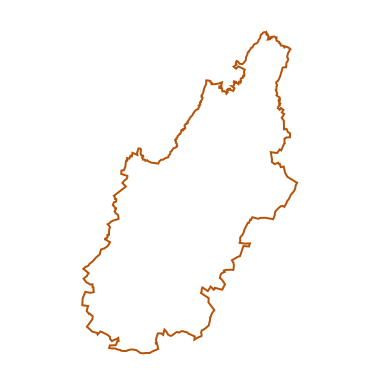 outline of San Andres De Sotavento, Córdoba, Colombia, rotated 3°
{"feature_id": "7082276B77383139939829", "entity_name": "San Andres De Sotavento", "entity_type": "district", "adm_level": 2, "iso_a3": "COL", "parent_name": "Colombia", "parent_adm1": "Córdoba", "projection": "orthographic", "projection_center": [-75.512, 9.134], "detail": "fine", "context": "isolated", "style": "outline", "palette": "amber", "viewbox_px": 384, "rotation_deg": 3, "n_neighbors": 0, "source": "geoboundaries", "source_scale": "gbopen_adm2", "svg_char_len": 5970}
<svg xmlns="http://www.w3.org/2000/svg" viewBox="0 0 384 384"><g transform="rotate(3 192 192)"><path d="M99.2,324.3L94.1,332.0L99.8,336.7L104.6,337.7L105.2,339.3L107.9,336.0L114.8,338.9L117.6,340.9L118.0,343.2L119.9,345.1L122.1,343.7L124.1,343.0L126.0,341.6L126.5,344.8L125.3,345.0L123.8,349.0L118.0,349.5L117.4,352.1L119.7,352.4L123.7,352.3L125.8,353.2L128.5,353.4L129.5,354.2L133.0,354.4L134.7,354.2L136.7,353.2L139.5,352.4L142.2,352.5L144.8,352.9L148.9,355.4L151.8,355.7L154.6,355.1L158.1,355.0L161.1,353.1L166.5,350.5L164.9,345.1L164.0,345.3L163.7,344.5L164.6,344.2L163.7,341.6L164.8,336.6L165.3,335.0L168.7,334.8L170.6,336.2L171.7,330.8L173.8,332.9L175.6,335.7L177.6,336.7L178.6,336.7L179.7,336.2L183.8,332.8L184.8,332.6L186.5,333.1L188.6,331.6L189.9,331.5L195.0,332.6L195.5,333.4L202.3,336.1L202.1,339.3L205.8,336.8L209.0,335.4L209.1,334.1L208.5,332.0L208.9,329.8L212.1,327.9L215.7,324.4L216.8,318.3L216.5,316.3L217.3,315.7L217.5,314.3L218.6,311.6L220.5,308.8L214.2,301.3L214.2,297.1L206.2,292.4L206.8,290.9L206.8,288.6L207.4,286.8L213.0,290.1L215.6,285.5L218.8,288.5L219.6,287.9L219.8,286.5L227.3,288.0L229.8,282.4L226.2,277.7L224.3,276.5L225.0,272.9L226.1,271.4L228.9,270.1L228.0,268.8L229.5,268.1L235.6,267.5L237.2,267.7L237.6,266.7L237.6,262.8L237.1,260.7L235.4,258.1L240.8,254.5L243.3,253.5L246.2,243.3L251.8,243.4L252.5,240.3L247.4,240.8L242.2,240.3L242.8,238.1L242.4,235.8L242.8,234.4L244.6,232.2L245.6,230.0L246.3,226.8L249.4,219.8L250.5,219.8L251.6,216.5L252.4,216.7L253.6,214.0L259.4,215.3L261.5,214.3L266.6,213.9L274.5,214.9L275.6,211.8L276.2,207.1L279.6,203.2L281.8,201.3L283.0,201.2L285.0,202.0L287.0,198.0L287.4,196.2L289.0,194.2L290.8,189.8L293.8,185.8L294.8,183.5L295.2,180.0L296.5,177.3L286.5,171.9L284.0,167.9L282.2,161.8L279.3,162.5L278.2,159.4L277.5,159.6L276.7,158.3L273.0,159.8L270.2,157.9L270.2,155.4L268.6,148.1L274.8,148.6L275.2,148.4L277.3,144.9L278.8,145.8L281.5,138.9L282.1,138.4L281.6,136.7L281.8,135.2L281.5,134.1L283.2,132.7L286.9,132.2L287.0,128.4L284.6,127.1L283.2,124.2L280.6,124.6L280.0,116.0L277.7,113.3L280.0,109.3L277.6,107.8L279.0,105.3L276.3,103.5L275.3,105.3L273.4,103.8L273.7,102.3L275.0,100.8L274.5,100.4L275.5,99.3L274.4,98.6L274.9,97.7L273.7,96.6L274.4,95.7L275.7,95.6L274.1,95.0L274.9,93.8L274.4,93.0L271.3,91.1L272.0,89.0L271.1,87.5L271.0,86.5L270.3,85.7L271.0,84.9L270.8,82.5L271.5,81.1L270.3,78.8L270.8,77.4L272.0,76.7L273.8,72.4L276.0,63.3L276.7,62.7L279.4,62.5L279.6,57.9L280.8,56.0L281.1,54.0L280.1,52.6L280.1,50.5L280.9,47.7L282.0,45.8L282.0,44.9L282.8,44.2L281.0,42.8L277.4,41.7L276.9,42.9L276.5,42.8L276.3,41.5L275.1,41.1L273.2,41.1L272.7,40.4L272.5,39.0L271.4,38.8L271.1,37.4L268.9,36.8L268.2,35.6L268.5,34.6L267.9,34.1L268.2,33.2L267.3,33.2L266.0,32.4L261.2,33.5L260.7,33.4L261.1,34.1L263.3,33.4L263.4,34.0L262.3,34.1L262.0,35.3L259.7,35.8L260.3,34.0L259.5,31.0L259.0,30.3L258.3,31.0L258.0,30.8L258.0,29.0L257.7,28.3L257.2,28.7L255.4,28.7L252.4,31.6L252.0,34.8L251.0,36.0L249.9,38.9L249.0,40.0L246.8,41.0L246.0,41.7L244.7,44.6L243.8,44.7L243.3,45.2L242.8,46.7L241.9,47.6L241.3,49.2L240.3,49.7L240.2,51.5L238.8,54.9L238.9,56.6L238.6,58.0L236.3,61.1L235.3,61.7L232.9,61.4L230.8,59.2L229.8,58.8L229.2,60.1L229.4,60.6L229.0,61.5L229.7,62.4L227.0,64.6L229.6,66.5L231.6,64.1L238.3,67.0L237.6,69.2L238.2,72.5L238.1,73.0L237.5,73.0L237.6,73.8L236.8,73.8L236.8,75.3L235.2,75.8L234.6,76.6L235.2,79.0L234.8,80.1L233.9,79.2L233.4,79.2L232.8,81.9L231.4,80.8L230.0,80.7L230.2,79.7L228.1,79.3L227.9,80.3L228.6,81.8L228.5,82.8L227.5,84.3L226.3,84.3L229.0,86.1L227.9,88.9L224.6,87.9L224.5,86.8L222.9,87.0L222.2,87.7L222.8,87.8L223.5,87.4L223.8,87.8L222.0,88.8L221.8,89.3L222.4,90.5L221.2,92.0L220.7,90.4L219.1,89.6L217.1,90.0L216.6,87.1L213.8,86.6L213.7,85.1L214.7,84.7L215.9,85.6L215.9,84.3L215.6,84.1L216.2,80.9L213.2,82.2L209.0,83.2L206.0,83.3L206.2,82.2L204.7,81.6L204.7,80.4L202.9,79.8L200.4,79.8L200.5,83.3L198.6,88.2L198.0,92.4L196.4,95.4L196.8,95.7L196.6,96.5L197.2,96.6L197.6,97.5L197.1,99.4L196.1,100.7L196.2,101.9L195.2,102.2L195.6,104.1L194.7,104.8L195.2,104.9L194.8,105.5L195.0,106.1L194.3,107.0L193.9,108.7L192.4,109.4L190.2,111.4L190.0,112.4L188.9,113.8L188.4,115.3L186.3,117.7L184.4,121.5L183.8,121.9L184.2,123.1L183.2,123.5L183.3,124.0L182.9,124.4L181.9,124.6L181.2,125.9L181.0,126.4L181.8,127.6L181.9,128.7L181.2,129.6L180.3,129.3L179.8,129.5L179.8,130.8L178.4,130.6L178.0,131.0L178.1,132.8L177.4,133.6L177.3,134.5L176.4,134.8L175.6,136.3L174.6,137.1L174.6,138.1L173.8,138.8L173.7,139.9L172.8,140.2L172.4,141.3L173.4,142.3L173.2,143.5L174.4,144.8L174.3,146.3L174.8,146.8L174.8,147.3L173.0,148.6L171.0,149.4L169.6,152.0L168.3,153.1L168.2,155.3L166.7,157.0L166.5,158.5L163.6,159.6L161.3,161.3L159.5,161.4L157.7,163.2L156.8,165.4L149.9,164.8L146.5,163.5L145.7,162.6L143.8,163.3L143.6,162.5L142.6,162.0L141.4,162.3L140.4,160.4L141.5,159.3L141.4,158.6L140.9,158.1L139.6,158.3L138.6,156.1L138.8,152.1L138.1,151.4L136.3,151.3L135.1,155.7L135.5,157.9L130.5,156.0L129.9,159.7L128.6,159.1L127.8,161.9L125.4,161.5L125.2,163.3L125.8,163.6L125.3,164.5L124.4,164.7L124.1,170.4L122.8,173.9L120.4,174.2L120.4,177.7L126.6,179.3L126.6,180.8L126.0,182.3L123.9,184.1L122.0,186.6L125.7,190.0L114.2,199.9L115.1,201.0L115.4,202.9L116.7,203.0L116.8,205.5L114.5,206.4L113.6,209.4L115.1,210.4L116.1,212.4L117.0,212.3L116.9,213.2L115.7,215.3L116.9,217.2L119.1,218.6L119.9,220.7L120.0,222.8L114.2,224.9L112.7,225.9L110.5,228.1L109.5,228.6L112.0,231.3L111.3,233.4L111.3,238.7L110.9,238.5L110.6,239.2L109.8,239.3L109.8,239.7L110.3,239.7L109.9,241.8L107.8,243.0L107.6,243.8L107.9,244.1L108.7,243.6L109.9,244.9L112.8,246.5L110.6,250.5L107.4,252.9L104.1,254.2L103.0,259.3L99.8,262.2L95.8,267.1L93.3,269.2L92.4,270.9L91.1,271.9L89.8,272.1L87.5,274.4L93.1,278.5L92.1,279.7L91.7,281.2L88.3,284.2L91.3,287.8L93.4,288.6L95.1,289.8L97.4,289.3L97.7,292.4L98.5,292.3L99.1,297.2L95.5,298.0L90.7,297.3L88.4,304.1L88.4,310.8L94.2,311.3L93.0,316.3L95.6,319.2L96.1,318.8L99.4,321.3L99.2,324.3Z" fill="none" stroke="#b45309" stroke-width="2"/></g></svg>